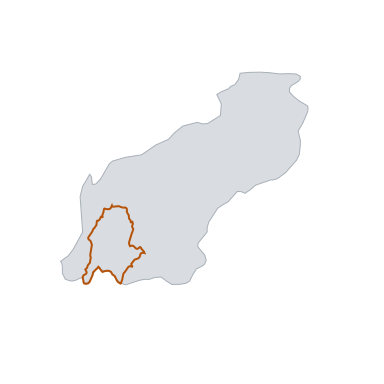 Albania, with Gjirokastër highlighted, rotated 57°
{"feature_id": "ALB-1525", "entity_name": "Gjirokastër", "entity_type": "County", "adm_level": 1, "iso_a3": "ALB", "parent_name": "Albania", "parent_adm1": "", "projection": "robinson", "projection_center": [20.177, 40.156], "detail": "fine", "context": "in_parent", "style": "outline", "palette": "amber", "viewbox_px": 384, "rotation_deg": 57, "n_neighbors": 0, "source": "natural_earth", "source_scale": "10m", "svg_char_len": 3765}
<svg xmlns="http://www.w3.org/2000/svg" viewBox="0 0 384 384"><g transform="rotate(57 192 192)"><path d="M123.7,118.1L123.9,113.0L125.3,104.9L124.5,102.2L125.3,97.6L122.8,91.4L118.6,87.0L122.7,79.1L128.6,69.6L134.1,62.1L140.7,54.2L145.2,46.7L149.9,40.2L154.0,38.2L156.1,39.6L157.1,42.4L156.9,50.8L158.2,53.7L161.1,55.8L167.0,54.8L173.6,52.7L182.5,48.3L184.0,48.5L187.3,50.8L194.2,61.0L198.8,69.9L207.8,73.0L212.8,76.5L219.2,81.8L222.3,87.1L226.8,103.3L227.3,113.2L226.0,117.7L224.9,118.8L220.9,134.8L221.9,143.0L221.9,148.3L218.5,150.5L216.2,153.8L219.9,167.2L219.5,172.8L219.6,179.3L226.3,194.2L230.2,198.8L233.7,201.0L238.2,214.7L240.9,217.0L251.8,215.7L257.1,217.3L259.2,220.5L259.7,222.7L259.0,230.4L261.7,236.3L265.4,242.4L265.4,246.1L263.0,252.1L258.6,259.2L252.9,261.9L246.5,264.2L243.5,269.7L241.9,275.6L239.1,279.9L237.3,284.7L234.7,294.4L234.0,297.9L229.7,301.5L223.0,302.9L217.0,303.2L213.0,304.9L210.9,308.2L207.1,310.9L204.8,312.1L204.8,315.1L207.6,321.3L210.8,326.3L210.8,330.4L209.3,331.5L204.4,331.0L203.3,332.5L202.8,337.0L201.5,340.9L199.5,343.2L196.0,345.8L189.6,345.0L183.5,341.1L180.4,339.9L178.6,340.0L178.1,330.5L175.5,323.2L166.0,305.5L135.0,288.4L127.7,280.7L124.6,274.3L121.4,268.2L124.5,268.0L127.5,269.6L131.4,271.4L132.9,268.4L131.3,261.7L123.4,246.1L122.8,241.8L126.7,228.8L133.3,214.2L132.9,196.4L135.0,183.1L132.8,174.4L131.7,163.7L136.5,149.6L140.6,146.1L143.1,141.6L143.3,126.5L134.2,119.5L123.7,118.1Z" fill="#d9dde1" stroke="#a8b0b8" stroke-width="1"/><path d="M230.5,301.6L227.3,303.1L225.2,303.2L220.7,302.6L219.2,303.0L217.9,303.7L215.1,303.4L213.5,304.1L212.3,305.3L211.4,306.9L210.7,308.8L210.3,310.6L208.9,310.9L204.7,311.0L203.7,311.3L204.1,312.1L205.4,318.4L205.8,319.0L207.8,320.9L211.7,327.0L212.1,328.8L211.4,330.8L209.9,332.3L208.5,332.1L207.0,331.3L203.8,330.1L203.7,329.6L202.7,328.3L203.0,325.8L202.7,325.0L202.3,324.4L201.6,324.0L201.0,323.8L199.8,323.8L198.8,323.6L198.6,321.9L198.3,321.1L197.5,320.3L196.7,319.2L196.4,318.4L195.8,316.3L195.4,315.8L193.9,314.6L192.0,312.7L191.5,312.4L191.0,312.4L190.0,312.0L188.6,311.0L182.0,304.9L181.1,304.5L180.5,304.4L178.4,303.8L177.9,303.8L177.3,303.9L175.7,304.4L174.6,304.4L173.9,304.0L173.4,303.3L171.6,298.9L170.8,297.1L169.6,295.4L169.2,294.6L169.1,293.6L167.6,290.1L164.8,287.8L164.6,287.5L164.4,287.1L164.9,286.6L165.0,286.2L165.0,285.7L164.7,284.4L164.3,283.5L163.5,282.5L163.3,282.0L163.2,281.7L163.4,281.6L164.1,281.1L164.3,280.8L164.3,280.6L164.2,280.5L163.2,280.2L162.9,280.0L162.5,279.6L161.0,277.6L158.6,275.3L158.2,274.7L158.2,274.4L158.8,274.0L160.0,272.7L160.7,271.8L161.2,270.9L161.4,270.0L161.3,269.4L161.0,268.6L159.7,266.5L160.9,266.8L161.1,266.5L161.4,266.1L163.8,261.5L164.3,260.9L166.9,259.0L167.5,258.3L168.0,257.6L168.5,256.7L169.0,256.2L169.4,256.0L170.5,255.8L173.2,257.4L175.0,257.7L176.9,257.7L180.2,259.3L182.1,259.0L182.7,259.1L183.5,259.6L184.0,259.8L184.3,259.7L184.5,259.2L184.5,258.9L184.6,258.3L186.3,258.8L187.1,259.6L187.7,260.6L188.3,261.0L189.1,261.3L190.4,261.3L191.1,261.5L191.5,261.8L193.4,264.3L193.6,264.7L199.5,271.7L200.5,272.6L201.3,273.0L203.1,273.4L203.7,273.5L204.0,272.3L204.2,271.8L204.3,271.6L204.4,271.3L204.8,271.0L205.8,270.4L208.3,269.9L209.1,269.6L209.8,269.0L210.0,268.0L210.0,267.1L209.8,266.2L209.9,265.5L210.7,265.2L212.2,265.3L215.9,264.8L217.3,265.1L216.5,265.8L216.3,266.2L216.0,266.7L215.8,267.4L215.7,268.3L216.0,269.0L217.4,270.6L218.0,271.4L218.2,272.2L218.3,273.8L217.5,276.7L217.6,277.4L219.2,282.0L219.4,282.2L220.6,282.5L221.3,282.5L221.8,282.6L222.0,282.8L221.8,283.1L220.9,284.0L220.5,284.5L220.2,285.0L220.2,285.5L220.2,286.2L220.4,286.8L222.5,291.8L223.0,293.7L223.6,294.5L227.6,298.4L228.8,300.1L230.4,301.6L230.5,301.6L230.5,301.6Z" fill="none" stroke="#b45309" stroke-width="2"/></g></svg>